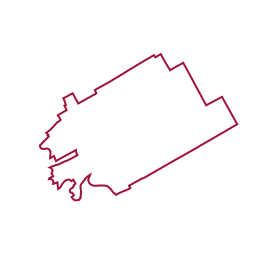 the district of Valea Stanciului, Dolj, Romania, rotated 143°
{"feature_id": "2599482B21688780573777", "entity_name": "Valea Stanciului", "entity_type": "district", "adm_level": 2, "iso_a3": "ROU", "parent_name": "Romania", "parent_adm1": "Dolj", "projection": "natural_earth1", "projection_center": [23.871, 43.972], "detail": "fine", "context": "isolated", "style": "outline", "palette": "rose", "viewbox_px": 256, "rotation_deg": 143, "n_neighbors": 0, "source": "geoboundaries", "source_scale": "gbopen_adm2", "svg_char_len": 5728}
<svg xmlns="http://www.w3.org/2000/svg" viewBox="0 0 256 256"><g transform="rotate(143 128 128)"><path d="M196.2,173.3L196.1,172.9L195.9,171.4L195.9,171.1L195.8,170.8L195.8,170.4L196.2,170.3L196.7,170.3L196.5,168.9L197.0,168.8L198.1,168.6L198.6,168.6L199.3,168.5L201.6,168.1L201.9,168.1L202.9,168.0L203.3,167.9L206.5,167.4L208.1,167.2L208.4,167.2L208.5,167.2L209.1,166.5L209.4,166.1L209.6,165.5L209.7,165.3L209.7,165.0L209.7,164.7L209.5,163.9L209.4,163.5L209.2,163.2L208.9,162.8L208.3,162.2L208.0,162.0L207.6,161.8L206.6,161.3L205.9,161.0L205.6,160.7L205.3,160.4L204.8,160.1L204.6,159.8L204.4,159.5L204.2,159.2L203.9,158.2L203.9,157.7L203.9,157.3L203.9,156.7L204.1,156.0L204.5,155.3L204.7,155.0L205.0,154.5L205.6,153.8L206.0,153.4L207.3,152.1L207.9,151.5L208.1,151.3L208.3,150.9L208.4,150.6L207.9,150.6L206.6,150.4L204.8,150.3L204.0,150.2L204.1,149.7L204.4,148.6L204.6,148.0L204.9,146.9L205.0,146.4L205.2,145.8L205.3,145.3L205.4,144.9L205.0,144.9L204.4,144.8L203.3,144.7L203.2,144.7L199.5,144.2L195.6,143.6L193.7,143.3L193.4,143.3L192.3,143.1L189.7,142.7L184.4,141.9L182.9,141.7L183.3,141.1L183.6,140.7L183.8,140.2L184.0,139.7L184.2,139.3L184.4,138.7L184.6,137.4L184.6,136.8L186.3,137.0L188.7,137.3L194.2,138.2L195.4,138.4L199.0,139.5L200.7,139.8L202.1,140.0L203.1,140.3L204.9,140.6L205.7,140.8L206.6,141.2L207.1,141.4L208.0,141.9L209.2,142.2L210.1,142.4L210.7,142.6L212.1,143.1L213.4,143.5L214.3,143.6L213.9,143.0L213.5,142.2L213.5,141.3L213.5,140.5L213.9,139.4L214.4,138.9L215.5,138.1L216.4,137.8L216.5,137.4L216.5,137.2L216.4,136.8L216.4,136.5L216.8,134.5L217.0,134.5L218.1,134.7L219.5,134.9L220.6,135.1L221.2,135.2L221.8,134.8L221.1,134.4L220.5,133.7L220.0,133.0L219.7,132.5L219.6,131.8L219.6,131.0L219.7,130.4L220.1,129.7L220.6,129.1L221.4,128.5L220.8,128.1L219.6,127.8L218.5,127.5L217.1,127.1L219.6,122.9L220.5,121.4L219.8,121.3L218.9,121.3L218.0,121.3L217.0,121.5L216.3,121.8L216.0,122.2L214.4,122.8L213.6,122.9L212.5,123.2L211.2,123.6L210.1,123.6L209.1,123.6L208.5,123.4L207.7,123.2L207.0,122.9L206.5,122.5L205.7,121.8L205.2,119.6L202.8,119.6L202.9,119.1L203.1,118.3L203.2,117.7L203.2,117.3L203.2,116.8L203.2,116.2L203.3,115.5L203.4,115.2L203.5,115.1L204.2,115.1L205.8,115.0L205.8,114.9L205.9,114.6L206.0,114.4L206.2,114.2L206.5,114.1L206.8,114.1L207.2,113.9L207.8,113.8L208.3,113.5L208.7,113.7L209.4,113.9L210.3,113.9L210.9,113.7L211.6,113.4L212.0,113.1L212.5,112.4L212.8,111.9L212.7,111.5L212.6,110.9L212.3,110.5L211.9,110.2L211.6,110.0L211.5,108.1L211.5,107.6L211.6,107.1L211.6,106.9L214.6,106.7L214.6,104.1L214.6,103.9L214.5,103.7L214.4,103.5L214.2,102.9L213.9,102.5L213.8,102.3L213.6,102.2L213.2,101.7L212.8,101.3L212.6,101.2L212.4,101.1L212.2,101.0L211.8,100.8L211.7,100.7L211.2,100.6L210.9,100.5L210.8,100.4L210.7,100.3L210.5,100.1L210.3,100.2L210.1,100.2L209.9,100.3L209.7,100.3L209.4,100.3L208.4,100.5L208.2,100.5L208.0,100.8L208.0,101.3L207.7,101.4L207.3,101.6L206.9,101.8L206.7,102.0L206.2,102.7L206.0,103.0L205.5,103.6L205.4,103.6L204.8,104.1L204.3,104.6L204.0,104.9L203.9,105.2L202.8,107.3L201.5,109.4L201.1,109.9L200.0,110.9L199.7,111.1L199.2,111.3L198.9,111.4L197.6,111.7L196.9,111.9L196.0,112.1L195.7,112.2L195.3,112.3L195.0,112.4L194.7,112.4L193.5,112.8L193.1,113.1L192.5,113.2L190.6,113.5L188.7,113.6L186.5,113.4L190.8,110.7L192.0,108.2L191.9,105.8L191.2,104.0L189.2,101.7L187.1,100.4L184.1,98.3L181.4,96.2L179.4,94.1L178.6,89.8L178.6,85.5L177.9,82.9L177.9,81.9L177.7,81.8L174.0,81.3L171.0,80.6L168.8,80.0L166.8,79.4L165.4,79.1L164.5,78.9L163.5,78.8L162.4,78.5L162.2,78.8L162.1,80.0L162.0,80.8L161.9,81.3L154.7,80.3L152.4,80.0L150.1,79.6L148.5,79.5L147.2,79.3L146.9,79.2L146.6,78.9L146.2,78.7L143.4,78.3L138.8,77.7L135.1,77.3L131.0,76.8L125.8,76.1L109.5,74.1L102.6,73.1L87.1,71.1L78.4,70.1L51.7,66.8L50.4,66.7L38.5,65.3L36.9,76.9L34.2,96.3L51.9,99.1L47.7,126.5L45.6,140.2L44.7,146.9L46.0,147.0L48.7,147.4L51.9,147.9L53.0,148.0L55.6,148.4L57.1,148.5L58.3,148.7L59.6,148.8L59.5,149.1L59.3,151.2L59.3,152.0L59.2,153.0L59.1,154.1L58.9,155.5L58.9,156.0L58.8,156.7L58.5,159.0L58.5,159.3L58.4,159.7L58.3,160.9L58.2,161.7L57.9,163.6L57.8,164.1L57.6,165.8L57.4,167.3L63.1,167.9L63.6,168.0L63.4,170.6L63.7,170.6L65.3,170.8L66.9,171.0L67.8,171.0L68.7,171.1L68.9,171.1L70.3,171.4L73.2,171.7L74.3,171.9L76.8,172.1L77.8,172.2L78.9,172.3L80.2,172.5L82.9,172.8L83.9,172.9L84.3,172.9L84.9,173.0L85.3,173.0L87.1,173.2L87.7,173.2L89.5,173.4L90.9,173.6L92.5,173.7L94.0,173.9L95.0,174.0L95.8,174.0L96.4,174.1L97.1,174.2L98.0,174.3L98.6,174.3L99.0,174.3L99.6,174.4L101.0,174.5L102.4,174.7L103.2,174.7L104.3,174.9L105.0,174.9L105.4,174.9L105.5,175.0L107.7,175.2L108.4,175.3L108.9,175.3L109.5,175.4L110.0,175.5L111.7,175.6L113.0,175.8L115.2,176.0L117.2,176.3L118.2,176.4L118.9,176.5L121.5,176.9L122.4,177.0L123.3,177.1L124.2,177.2L124.8,177.3L126.1,177.5L126.8,177.6L127.4,177.7L128.0,177.8L128.7,177.9L129.8,178.1L130.5,178.1L131.2,178.2L131.6,178.2L131.8,178.0L131.8,177.8L132.1,176.1L132.3,174.8L132.4,174.7L134.8,174.9L136.1,175.2L138.0,175.4L139.3,175.6L140.8,175.8L141.9,176.0L143.8,176.2L144.6,176.3L153.0,177.5L152.1,183.8L151.3,189.0L151.7,189.1L153.0,189.2L154.3,189.5L155.7,189.6L156.5,189.8L158.0,190.0L159.2,190.2L161.7,190.7L162.2,188.9L162.3,188.1L162.5,187.3L162.7,186.7L163.7,183.9L163.8,183.7L165.3,184.1L165.5,182.8L166.0,180.7L166.2,180.0L166.3,179.4L166.5,179.3L166.5,179.2L167.2,179.3L169.5,179.6L174.6,180.2L176.3,180.4L176.3,180.1L176.4,179.9L176.5,179.7L176.5,177.4L176.8,176.2L177.0,175.7L177.0,175.0L177.8,174.9L179.2,174.9L179.9,175.0L180.4,175.1L180.9,175.2L181.4,175.0L182.9,174.8L183.8,174.7L184.5,174.4L185.3,174.3L186.6,174.0L188.1,173.8L189.2,173.7L190.2,173.5L191.3,173.4L191.7,173.4L192.4,173.3L192.8,173.3L194.6,173.3L196.2,173.3Z" fill="none" stroke="#9f1239" stroke-width="2"/></g></svg>